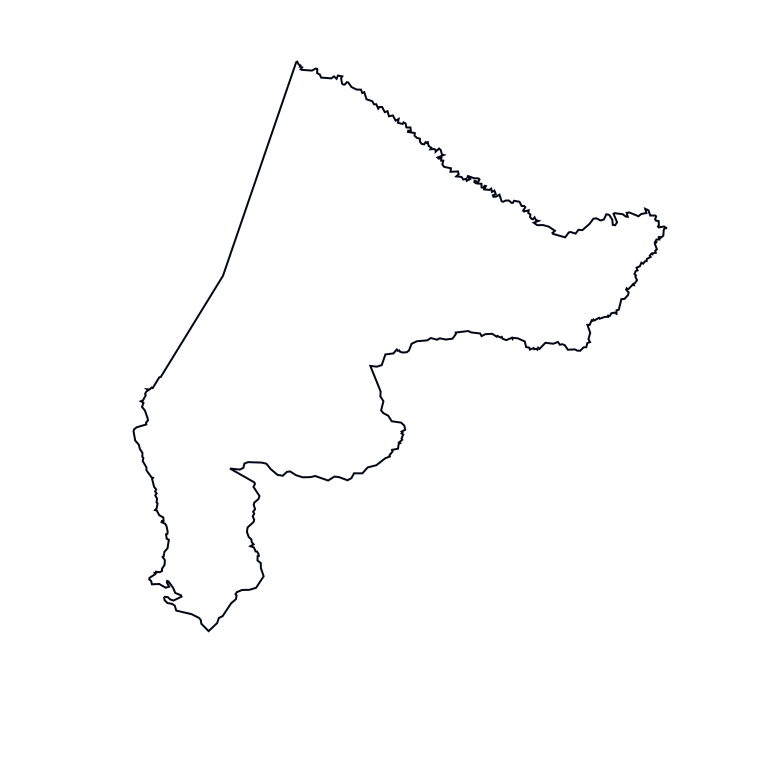 Canarana, Mato Grosso, Brazil, rotated 106°
{"feature_id": "56859067B39965922322561", "entity_name": "Canarana", "entity_type": "district", "adm_level": 2, "iso_a3": "BRA", "parent_name": "Brazil", "parent_adm1": "Mato Grosso", "projection": "natural_earth1", "projection_center": [-52.334, -13.192], "detail": "fine", "context": "isolated", "style": "outline", "palette": "ink", "viewbox_px": 768, "rotation_deg": 106, "n_neighbors": 0, "source": "geoboundaries", "source_scale": "gbopen_adm2", "svg_char_len": 6149}
<svg xmlns="http://www.w3.org/2000/svg" viewBox="0 0 768 768"><g transform="rotate(106 384 384)"><path d="M439.6,601.9L451.7,605.2L451.5,606.4L453.8,607.8L454.4,610.4L455.0,608.9L457.1,610.5L459.4,610.9L460.5,609.9L466.2,611.2L467.6,613.0L468.4,610.0L472.7,610.3L475.4,606.5L481.9,601.9L483.9,600.9L486.9,602.1L488.4,601.3L493.8,609.9L496.6,611.8L498.5,611.7L506.9,607.6L509.9,603.0L513.8,600.7L516.8,597.2L520.5,596.3L521.5,594.9L524.6,594.7L529.5,589.5L532.5,588.5L537.9,581.6L537.9,580.2L539.2,580.7L546.2,576.7L548.2,573.9L550.4,574.4L551.9,572.4L554.1,573.2L556.8,570.5L560.5,570.0L561.3,568.7L566.3,568.3L568.3,569.3L568.2,567.6L572.1,563.9L573.1,559.4L576.3,558.1L576.9,559.7L578.1,559.8L578.7,555.7L581.0,553.6L585.8,551.2L587.9,550.9L588.6,552.1L592.7,550.2L593.0,547.9L601.6,546.8L605.7,548.8L610.3,548.3L611.3,549.1L613.7,546.1L618.2,545.1L623.0,546.5L624.8,545.8L626.7,547.6L627.3,551.3L628.3,550.9L628.8,552.5L630.0,551.6L635.0,556.0L636.5,555.8L637.6,553.5L640.5,551.9L638.2,544.9L640.0,537.7L638.1,534.7L634.5,538.1L633.1,538.2L633.2,536.7L638.1,530.5L642.4,527.1L643.1,520.8L644.2,520.0L650.2,526.7L650.0,530.2L648.5,532.9L648.9,535.8L650.0,536.5L652.4,535.2L654.2,531.8L653.8,527.3L654.7,524.1L659.1,521.2L658.3,505.5L659.8,497.5L661.2,495.2L664.8,493.5L669.9,484.5L659.8,478.5L654.4,478.2L651.5,475.1L636.9,470.5L631.8,467.1L628.1,467.3L627.1,468.8L624.7,468.1L621.1,463.7L619.0,456.8L615.2,450.8L602.0,446.7L594.9,451.6L590.1,453.1L588.5,457.0L584.3,458.0L583.6,456.9L581.5,458.2L580.0,460.0L580.3,461.3L577.0,464.0L576.7,467.7L574.1,465.1L572.5,467.5L569.8,468.8L568.4,471.8L564.0,475.0L559.5,475.6L552.6,471.3L550.2,471.4L547.4,473.7L544.4,473.0L542.9,474.6L539.9,473.4L536.1,475.9L533.7,476.0L529.3,473.0L526.0,472.8L518.9,481.1L515.7,480.5L514.3,481.5L507.7,508.8L506.0,499.0L503.4,496.1L498.9,496.2L496.6,493.2L493.3,480.0L493.0,475.1L497.0,469.5L500.7,461.3L500.1,456.0L495.3,453.2L493.9,450.2L495.9,443.4L496.1,436.4L493.7,428.8L491.4,424.8L492.2,411.1L486.7,406.2L485.9,401.8L486.6,392.5L483.5,389.4L478.1,388.2L475.8,380.1L468.7,376.7L464.2,369.0L454.9,362.2L452.1,358.4L451.0,359.1L446.5,357.2L445.1,358.1L442.3,352.7L437.6,353.4L436.4,352.2L436.0,353.4L432.6,351.1L431.5,352.1L427.2,351.6L426.7,353.5L425.3,352.9L424.8,353.9L422.1,351.0L418.4,353.0L416.4,357.0L417.7,366.3L413.3,371.2L412.2,376.6L410.1,379.5L400.7,379.8L396.9,384.1L392.1,385.2L370.4,402.1L369.3,395.6L366.5,391.4L355.2,390.8L352.0,383.4L347.3,381.2L348.3,379.9L347.5,378.6L348.5,377.6L348.6,374.6L347.1,370.8L344.9,369.2L337.8,368.6L333.8,364.1L330.1,354.4L326.9,351.7L326.8,345.2L324.7,343.0L324.2,336.8L321.5,330.6L316.2,328.7L314.8,329.3L309.9,317.8L310.4,314.4L308.9,305.5L311.1,303.4L308.2,300.4L305.9,293.8L307.5,288.6L306.5,288.2L307.2,284.9L306.2,283.8L307.8,282.5L308.1,278.5L304.2,273.7L305.3,272.8L304.0,272.4L303.2,268.0L304.3,260.4L309.3,257.6L309.0,254.4L310.7,253.2L308.2,250.1L309.2,249.2L308.2,247.4L308.7,246.0L306.6,245.8L307.4,244.2L299.9,240.2L298.6,232.3L295.6,228.4L297.8,225.8L296.6,223.5L296.9,220.8L300.4,216.7L298.1,210.0L298.7,207.4L297.9,204.5L293.7,202.2L292.9,199.7L288.5,199.8L286.9,197.5L284.6,199.8L277.9,199.9L271.1,204.8L270.5,202.6L265.5,201.9L265.7,200.8L264.3,200.5L264.9,199.3L261.1,195.5L261.8,194.7L258.5,190.0L257.7,187.0L256.5,187.4L256.2,185.6L253.4,185.0L251.8,182.1L252.4,179.9L249.0,180.8L247.9,178.8L237.0,179.2L235.9,176.3L231.2,173.9L228.5,174.1L226.6,177.2L225.2,177.1L225.7,176.1L225.0,175.0L220.4,172.6L220.1,171.0L218.9,171.9L218.0,170.6L214.4,169.4L211.7,171.9L210.2,171.7L209.3,173.5L206.1,173.2L204.9,171.6L202.5,173.3L200.4,170.5L196.4,170.0L196.9,168.0L194.0,166.9L193.5,165.4L191.4,165.8L188.3,162.7L187.4,163.9L184.9,162.8L185.2,161.6L184.1,161.5L183.0,158.9L181.2,160.0L179.3,158.8L174.7,162.2L172.7,161.4L172.9,162.6L170.0,161.9L169.2,159.2L167.1,160.4L166.6,159.4L167.4,158.5L164.5,156.4L158.4,157.6L156.8,157.0L156.4,155.0L155.4,158.2L157.8,163.1L157.0,164.1L155.8,163.5L151.7,164.9L152.0,167.5L150.9,168.8L147.9,168.6L147.3,169.6L148.7,174.5L144.1,177.7L143.6,181.2L147.3,178.9L149.7,183.6L152.6,185.6L151.5,195.5L152.6,197.9L156.1,195.8L156.4,197.7L155.0,201.3L156.2,209.5L157.1,210.3L164.3,204.5L167.7,205.6L168.0,207.9L163.2,209.8L159.3,214.2L159.6,217.1L165.2,217.9L167.1,220.9L166.2,225.5L167.4,228.3L173.5,230.6L181.4,235.7L182.2,239.6L186.6,241.3L186.5,246.8L187.5,248.2L193.1,250.3L193.1,262.8L192.4,263.7L189.6,261.9L187.3,269.0L187.4,275.1L189.1,280.4L187.7,284.5L184.6,280.4L184.6,283.1L182.3,285.2L184.5,286.2L184.6,287.6L183.3,289.6L180.7,290.0L179.8,292.5L177.2,292.8L179.6,297.0L179.0,298.0L175.1,296.9L174.2,298.3L175.0,300.7L171.5,304.0L172.0,309.5L174.4,310.1L174.7,311.5L173.2,314.5L174.1,317.6L176.1,319.9L175.8,321.4L170.2,325.2L173.0,327.9L173.9,330.3L172.7,331.4L170.6,328.9L167.7,331.2L169.6,333.2L166.7,334.8L168.4,336.2L169.3,341.3L165.6,340.6L165.6,341.7L168.0,342.9L168.2,344.4L164.7,345.5L165.7,350.5L165.0,352.8L163.8,352.9L163.8,349.2L161.1,348.6L160.3,349.8L161.4,354.1L160.9,360.6L161.9,360.7L163.2,357.7L165.9,360.5L164.0,361.5L165.6,364.1L163.6,366.6L164.5,371.7L161.7,370.0L159.3,371.5L161.7,378.6L158.2,379.1L158.7,386.0L156.9,388.4L153.0,388.6L153.5,390.7L151.0,391.1L152.3,393.4L151.6,395.0L147.4,389.7L147.4,391.6L143.5,393.9L142.5,396.0L146.5,398.4L144.8,398.9L144.3,400.6L145.6,404.1L143.9,403.6L142.8,406.8L138.7,408.9L140.6,408.9L140.1,410.7L142.5,411.4L142.8,413.9L141.2,416.2L138.3,417.1L138.4,420.1L136.9,423.1L134.3,423.6L135.1,430.4L133.8,430.5L133.5,427.9L130.1,429.3L131.2,433.2L127.7,435.0L127.1,437.3L128.9,437.8L129.1,442.6L125.2,443.0L127.7,445.4L123.4,449.5L125.3,453.0L120.8,455.8L122.5,458.2L118.3,462.1L119.0,464.8L120.9,465.4L117.2,468.6L117.9,470.7L115.4,473.2L115.1,479.3L108.9,483.4L110.3,485.1L107.4,487.2L108.5,491.5L107.5,497.1L104.0,501.5L104.1,502.9L106.9,504.2L107.4,505.8L106.7,507.2L101.9,509.5L99.8,508.9L100.2,513.3L103.7,513.7L102.1,516.9L104.7,518.8L106.8,528.9L104.2,531.0L103.6,534.0L99.6,535.0L99.6,536.6L102.6,539.7L104.7,549.7L104.5,550.9L102.2,550.0L102.2,552.3L100.8,552.1L100.5,553.9L98.1,556.3L98.9,557.1L324.3,568.6L438.7,600.5L439.6,601.9Z" fill="none" stroke="#020617" stroke-width="2"/></g></svg>